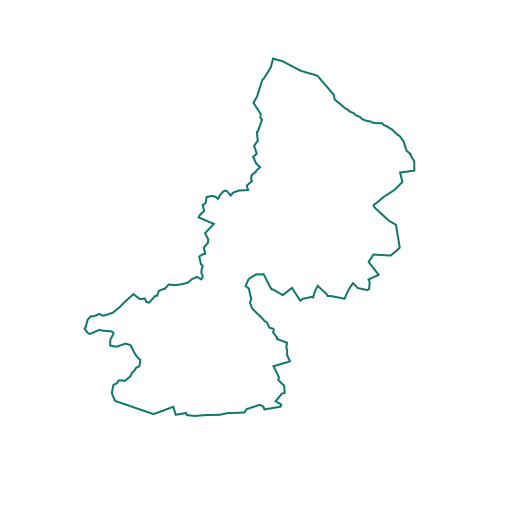 Giade, Bauchi, Nigeria (orthographic projection), rotated 204°
{"feature_id": "59680162B9145923747098", "entity_name": "Giade", "entity_type": "district", "adm_level": 2, "iso_a3": "NGA", "parent_name": "Nigeria", "parent_adm1": "Bauchi", "projection": "orthographic", "projection_center": [10.272, 11.415], "detail": "fine", "context": "isolated", "style": "outline", "palette": "teal", "viewbox_px": 512, "rotation_deg": 204, "n_neighbors": 0, "source": "geoboundaries", "source_scale": "gbopen_adm2", "svg_char_len": 3906}
<svg xmlns="http://www.w3.org/2000/svg" viewBox="0 0 512 512"><g transform="rotate(204 256 256)"><path d="M320.7,443.4L319.2,434.3L321.2,420.4L321.6,419.7L321.9,419.4L319.9,402.0L320.6,394.9L309.5,387.7L308.3,384.2L306.0,383.0L304.9,370.6L305.6,369.6L301.1,361.6L301.6,360.9L302.5,355.9L296.9,349.7L299.0,345.4L293.4,340.6L288.4,338.8L290.5,334.1L290.5,332.3L292.7,328.9L292.8,327.4L291.3,323.5L290.2,322.8L293.0,316.7L292.5,315.8L290.0,313.0L296.4,309.8L298.6,308.7L298.6,308.3L301.2,306.2L302.9,304.1L303.6,301.0L308.9,303.4L310.5,303.3L312.1,301.7L313.6,297.2L313.9,292.7L317.1,293.7L320.5,293.0L325.1,289.9L323.6,283.4L325.5,281.0L321.7,276.0L323.9,270.9L324.1,267.9L307.6,268.2L311.8,256.1L306.4,251.8L305.3,248.7L307.1,242.2L303.3,237.5L305.4,235.9L307.6,232.4L302.9,226.0L302.0,226.0L300.4,224.9L300.5,222.4L299.1,218.4L296.7,216.2L296.2,214.8L296.5,212.4L301.4,213.0L305.1,208.7L306.1,206.7L307.4,203.9L309.9,201.9L313.0,199.6L314.7,198.5L317.0,197.2L318.7,196.2L319.8,195.9L324.1,194.5L325.1,191.8L325.1,191.2L325.3,191.1L325.3,190.9L325.7,190.0L325.8,189.3L326.0,188.7L326.7,188.6L330.7,184.5L330.5,183.6L330.4,183.1L330.3,180.9L330.1,179.5L331.0,179.1L331.8,178.2L332.3,177.9L332.7,175.9L333.4,173.9L334.6,170.0L337.2,169.3L340.3,171.9L343.2,170.2L344.7,169.4L352.5,171.3L357.3,160.4L359.9,153.6L363.8,145.9L370.8,139.6L372.8,139.2L375.6,139.3L379.1,135.5L382.5,133.5L383.9,129.4L382.7,121.3L383.1,119.9L378.5,117.3L378.0,117.3L376.1,117.1L374.1,119.3L371.2,122.5L368.9,124.9L365.7,125.4L357.7,128.3L355.1,128.0L354.9,127.7L354.6,126.6L355.0,120.6L354.7,119.4L353.3,115.9L352.8,114.9L346.5,116.3L345.9,116.9L339.7,122.8L336.6,123.3L334.4,123.6L332.6,122.1L331.4,121.1L328.5,118.7L327.1,117.6L324.3,115.9L322.6,115.0L319.3,113.9L319.1,112.6L317.8,108.7L318.3,106.9L319.6,105.9L320.1,104.7L320.4,102.2L321.8,98.9L321.8,95.0L322.0,94.6L325.1,88.4L326.9,88.2L330.5,86.7L330.8,86.5L331.3,83.2L333.6,80.5L333.8,79.7L331.9,72.0L325.8,66.3L311.6,67.6L309.5,67.7L307.9,67.9L306.3,68.0L304.9,68.1L299.3,68.6L293.1,69.2L285.4,69.8L270.2,84.6L264.8,78.4L264.7,78.3L256.1,84.1L254.5,82.5L246.8,85.0L237.3,90.2L224.7,96.1L218.0,100.9L203.0,108.3L202.3,112.3L192.1,121.5L189.3,121.6L189.2,121.6L187.6,121.1L185.9,119.2L185.0,119.9L172.3,128.3L172.5,130.5L179.0,131.3L176.4,140.7L174.1,142.6L177.4,148.9L185.1,151.7L185.8,154.7L186.1,154.9L195.2,162.4L191.7,165.4L182.7,173.0L182.3,173.8L187.1,177.9L189.5,183.1L190.8,184.3L192.5,189.4L203.2,188.7L203.4,189.9L209.4,193.3L209.5,195.5L210.5,196.5L214.6,196.0L216.8,197.9L219.0,199.8L221.5,200.0L227.6,202.7L227.8,202.6L237.8,206.3L242.6,210.9L242.6,211.2L242.7,214.6L249.5,223.5L253.2,224.2L253.4,228.9L253.4,231.1L252.6,233.3L248.3,239.3L242.1,242.0L241.7,242.5L232.0,234.7L231.6,234.2L228.1,231.9L227.2,232.3L215.6,231.2L210.2,241.5L197.4,233.2L196.0,235.7L189.1,240.9L186.9,241.4L187.5,244.4L187.7,249.5L187.4,253.8L175.7,249.8L174.3,248.6L169.5,250.5L168.1,250.5L164.8,251.4L157.7,253.0L157.8,256.8L157.5,264.8L156.3,270.7L150.0,268.1L140.6,270.1L139.2,271.8L141.6,278.5L143.6,280.3L136.3,288.7L150.7,296.4L149.3,305.1L133.2,311.1L129.9,317.8L128.1,322.1L140.8,341.4L148.6,342.2L166.5,348.2L169.0,349.7L169.3,350.8L167.9,352.6L163.4,361.9L157.8,370.5L156.1,373.3L152.4,383.2L158.3,390.9L157.3,391.5L146.1,398.4L150.1,407.1L152.9,408.9L153.9,409.7L156.0,411.0L156.0,411.9L161.4,413.5L167.8,420.7L173.0,423.8L177.1,424.7L180.2,425.7L182.3,426.7L189.5,427.7L192.5,427.6L194.6,428.6L198.8,426.9L199.7,426.5L203.7,425.2L205.6,425.5L211.0,424.3L213.0,424.3L215.1,424.3L217.1,425.3L219.2,425.3L222.3,425.2L222.8,425.5L224.3,426.2L226.4,426.2L229.5,426.2L232.6,427.2L234.6,427.1L237.0,427.9L237.5,428.1L240.8,429.1L244.9,430.1L245.8,430.4L248.0,431.1L250.3,434.8L259.4,439.1L273.3,445.7L290.2,443.4L294.4,443.6L298.0,443.9L299.5,444.0L303.6,444.2L307.9,444.5L310.7,444.8L317.9,443.6L320.0,443.6L320.7,443.4Z" fill="none" stroke="#0f766e" stroke-width="2"/></g></svg>